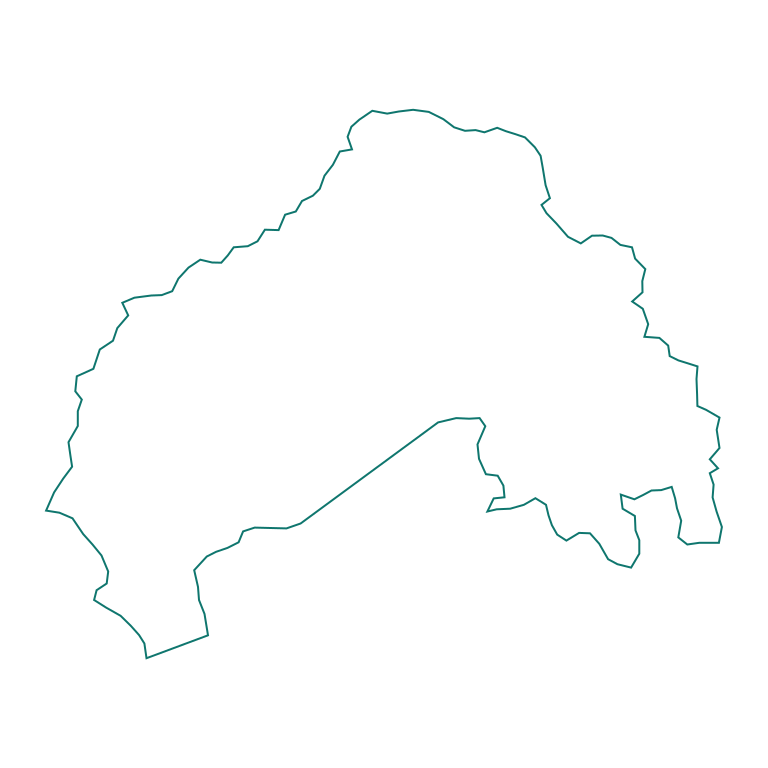 Monte Carlo, Santa Catarina, Brazil
{"feature_id": "56859067B19994928117719", "entity_name": "Monte Carlo", "entity_type": "district", "adm_level": 2, "iso_a3": "BRA", "parent_name": "Brazil", "parent_adm1": "Santa Catarina", "projection": "orthographic", "projection_center": [-50.914, -27.197], "detail": "fine", "context": "isolated", "style": "outline", "palette": "teal", "viewbox_px": 768, "rotation_deg": 0, "n_neighbors": 0, "source": "geoboundaries", "source_scale": "gbopen_adm2", "svg_char_len": 2244}
<svg xmlns="http://www.w3.org/2000/svg" viewBox="0 0 768 768"><path d="M712.6,497.4L713.6,484.6L709.8,473.2L718.0,468.3L709.8,459.3L719.5,448.0L716.7,429.8L719.5,417.6L706.2,409.9L697.4,406.0L697.1,394.6L696.5,379.0L697.5,366.4L687.4,363.2L678.4,360.4L669.7,356.1L668.2,345.6L659.4,337.9L644.4,336.8L648.2,324.2L642.8,308.8L632.2,301.5L642.5,292.3L642.3,281.1L645.3,269.1L635.1,258.6L632.0,247.3L620.4,244.9L611.5,237.9L602.7,235.5L592.0,235.7L580.8,243.4L568.0,236.8L556.4,223.5L546.5,213.2L541.5,204.9L549.9,198.2L545.6,185.2L542.7,167.6L540.6,155.8L534.9,147.3L525.0,137.4L514.9,134.0L505.9,131.2L497.2,127.8L484.4,132.3L475.6,130.1L465.0,130.8L454.1,127.3L443.4,119.2L428.8,111.9L413.1,109.8L398.8,111.5L387.2,113.6L372.3,110.8L359.4,119.6L351.4,126.7L347.6,136.8L352.0,149.4L339.8,151.5L332.9,164.8L324.5,175.7L319.8,188.8L312.9,195.7L302.0,201.0L295.8,211.5L285.1,214.7L278.6,230.1L264.9,229.7L257.5,241.3L247.8,246.2L233.7,247.3L227.8,255.4L221.3,262.7L212.1,262.5L200.3,259.7L188.5,267.6L178.4,278.6L172.2,291.2L161.7,295.1L151.4,295.5L134.4,297.7L122.3,302.8L128.2,315.4L117.3,328.1L113.0,340.7L99.8,349.5L93.4,368.8L76.8,376.3L75.3,391.3L81.8,399.6L77.8,411.2L77.8,426.0L68.5,442.2L70.4,455.5L72.1,466.7L63.2,478.6L54.1,492.4L46.1,510.6L59.4,512.7L72.5,518.3L83.2,534.1L92.6,544.6L101.5,555.5L108.2,571.5L106.7,583.5L96.6,590.2L94.1,600.0L106.3,607.7L120.6,615.8L130.9,625.9L139.1,635.1L144.4,643.5L146.5,658.2L208.0,635.3L204.5,613.9L199.0,600.0L198.0,586.9L194.2,570.2L206.8,556.5L216.1,551.8L227.5,547.9L238.6,542.3L243.1,531.4L254.7,527.6L270.5,528.0L286.5,528.4L300.6,523.5L438.1,422.4L456.2,418.1L469.3,418.7L479.6,418.1L485.3,426.2L477.5,444.4L479.0,458.8L485.9,474.2L497.7,475.7L503.4,485.6L504.5,497.3L493.7,498.4L487.4,511.5L496.7,509.3L510.2,508.7L523.9,504.8L535.4,498.2L546.0,504.8L548.5,515.3L551.9,525.2L557.2,534.6L566.4,540.6L579.1,532.9L590.0,533.3L599.3,543.8L608.1,559.2L617.4,564.2L631.1,567.6L639.3,553.7L639.3,540.2L635.5,530.4L634.9,516.0L622.6,508.7L620.8,494.6L634.4,499.3L643.1,495.0L651.5,490.5L661.2,490.1L671.7,486.9L675.1,498.3L677.0,508.3L681.2,520.7L678.3,537.4L687.3,544.5L699.3,542.8L709.2,542.8L718.9,542.8L721.9,527.0L716.6,511.6L712.6,497.4Z" fill="none" stroke="#0f766e" stroke-width="2"/></svg>